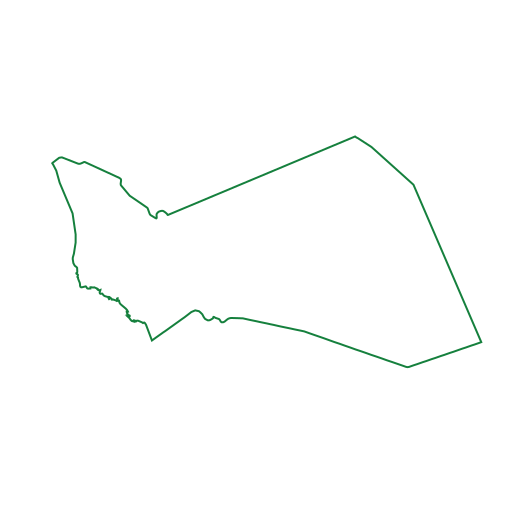 the border of Diffa, rotated 67°
{"feature_id": "NER-796", "entity_name": "Diffa", "entity_type": "Department", "adm_level": 1, "iso_a3": "NER", "parent_name": "Niger", "parent_adm1": "", "projection": "orthographic", "projection_center": [13.155, 15.532], "detail": "fine", "context": "isolated", "style": "outline", "palette": "green", "viewbox_px": 512, "rotation_deg": 67, "n_neighbors": 0, "source": "natural_earth", "source_scale": "10m", "svg_char_len": 3761}
<svg xmlns="http://www.w3.org/2000/svg" viewBox="0 0 512 512"><g transform="rotate(67 256 256)"><path d="M293.1,384.8L276.2,384.1L274.2,384.5L273.5,385.0L273.6,386.2L272.5,386.9L269.8,389.5L269.3,390.1L269.0,390.8L269.0,391.1L269.3,391.6L269.4,392.0L269.2,392.6L268.8,392.7L268.3,392.6L268.0,392.8L267.4,393.7L267.5,394.1L268.5,394.2L267.2,395.8L265.6,396.4L263.7,396.8L261.9,397.6L262.1,397.0L262.3,396.3L262.1,395.8L261.5,395.6L261.1,395.9L260.6,397.1L260.1,397.6L260.1,396.8L260.1,396.6L259.0,397.0L257.7,397.0L256.9,396.8L257.3,396.1L257.3,395.6L255.4,395.8L253.6,396.4L247.5,399.5L245.6,399.9L243.7,399.5L243.4,400.6L242.8,400.7L241.9,400.2L240.9,399.9L240.9,400.5L241.4,400.6L241.9,400.9L242.4,401.3L242.8,401.9L241.9,402.6L240.0,404.8L239.9,405.0L240.0,405.5L239.8,405.8L239.2,405.7L238.7,405.9L237.8,406.2L237.6,406.5L237.9,407.3L238.3,407.8L238.3,408.1L237.4,408.2L237.2,407.9L236.8,407.4L236.4,407.1L236.2,407.4L235.7,408.6L233.9,410.8L232.8,411.6L231.3,412.0L230.5,412.3L230.0,414.0L229.4,414.3L228.3,414.1L227.7,413.6L227.1,413.0L226.4,412.5L226.3,413.6L226.1,414.0L225.7,414.5L225.2,414.8L224.7,415.0L224.5,414.6L224.1,414.8L221.6,417.2L221.4,418.3L220.5,419.6L220.1,420.6L221.2,421.1L220.7,422.6L220.4,423.4L219.8,424.0L219.3,424.1L217.7,424.4L217.4,424.7L216.8,428.4L216.5,429.2L215.6,429.7L214.4,429.5L213.1,429.0L211.6,428.7L209.7,428.7L207.3,428.6L206.2,428.2L205.5,428.6L205.0,428.3L204.5,427.7L203.8,427.3L203.2,427.4L202.7,427.7L202.4,428.1L202.2,428.2L201.6,428.1L201.5,427.9L201.5,427.5L201.2,427.0L200.5,426.6L197.0,425.3L195.9,425.6L194.4,426.5L193.5,426.7L191.2,426.9L187.2,425.9L185.8,425.2L182.7,422.7L173.2,416.8L165.7,413.6L145.1,408.2L111.8,408.1L99.4,406.5L92.8,407.0L91.0,407.3L90.8,407.0L88.7,398.9L88.9,397.8L89.4,396.1L101.3,383.9L101.9,383.1L102.1,382.6L102.3,382.0L102.4,381.2L102.4,379.3L102.3,377.9L102.4,377.3L102.7,376.8L130.6,351.4L132.0,350.5L132.9,350.4L133.8,350.7L136.5,352.3L137.4,352.6L137.9,352.7L138.8,352.5L151.2,348.7L168.4,337.7L169.3,337.2L169.9,337.1L175.5,337.4L176.5,337.3L177.4,336.9L182.0,333.6L182.4,333.0L182.1,332.5L179.3,331.5L178.6,331.1L178.1,330.4L177.7,329.7L177.3,328.6L177.2,327.6L177.4,326.0L177.6,325.1L178.0,324.2L178.6,323.6L180.5,322.4L182.4,321.5L183.6,321.3L183.8,321.1L184.7,118.1L186.1,117.3L187.2,116.3L200.8,107.1L251.9,83.2L422.8,82.3L423.3,82.3L423.3,82.9L423.1,86.1L422.9,89.3L422.6,92.5L422.4,95.7L422.2,98.9L421.9,102.1L421.7,105.3L421.5,108.5L421.3,111.8L421.0,115.0L420.8,118.2L420.6,121.4L420.3,124.6L420.1,127.8L419.9,131.0L419.6,134.2L419.4,137.4L419.2,140.6L418.9,143.8L418.7,147.0L418.5,150.2L418.2,153.4L418.0,156.6L417.9,158.4L417.7,159.2L417.5,160.0L416.6,161.3L414.3,163.8L410.6,167.9L406.9,172.0L403.2,176.2L399.4,180.3L395.7,184.4L392.0,188.6L388.2,192.7L384.5,196.8L380.8,201.0L377.0,205.1L373.3,209.2L369.5,213.3L365.8,217.5L362.0,221.6L358.2,225.7L354.5,229.8L351.9,232.7L348.0,237.0L344.3,241.0L342.4,243.7L340.4,246.6L338.4,249.5L336.4,252.3L334.4,255.2L332.4,258.1L330.4,261.0L328.4,263.8L326.3,266.7L324.3,269.6L322.3,272.4L320.3,275.3L318.3,278.2L316.3,281.0L314.3,283.9L312.3,286.8L310.3,289.6L308.3,292.4L306.5,296.2L304.3,301.0L303.3,303.2L303.0,304.5L302.9,306.0L303.2,307.5L304.1,310.5L304.2,311.9L303.6,313.5L302.6,314.1L301.3,314.2L299.9,314.5L299.3,315.0L297.1,317.5L295.8,318.4L295.5,318.8L295.6,319.2L296.4,319.8L296.6,320.2L297.0,322.9L296.9,324.2L296.4,325.5L294.1,327.4L293.0,327.7L291.4,328.0L288.7,328.2L286.2,329.2L284.5,330.1L282.3,333.2L282.3,337.4L283.6,342.3L284.5,345.8L285.2,349.1L285.7,351.3L286.2,353.5L286.7,355.8L287.2,358.0L287.7,360.2L288.2,362.5L288.7,364.7L289.2,366.9L289.7,369.2L290.1,371.4L290.6,373.6L291.1,375.9L291.6,378.1L292.1,380.4L292.6,382.6L293.1,384.8Z" fill="none" stroke="#15803d" stroke-width="2"/></g></svg>